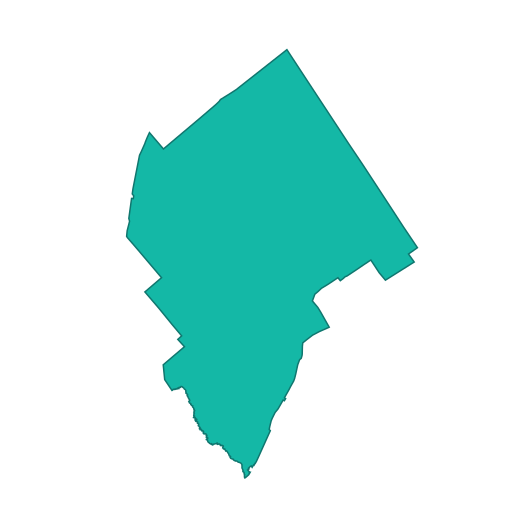 the district of Ischilín, Córdoba, Argentina, rotated 50°
{"feature_id": "61730980B34793654756209", "entity_name": "Ischilín", "entity_type": "district", "adm_level": 2, "iso_a3": "ARG", "parent_name": "Argentina", "parent_adm1": "Córdoba", "projection": "albers", "projection_center": [-64.311, -30.414], "detail": "fine", "context": "isolated", "style": "filled", "palette": "teal", "viewbox_px": 512, "rotation_deg": 50, "n_neighbors": 0, "source": "geoboundaries", "source_scale": "gbopen_adm2", "svg_char_len": 5769}
<svg xmlns="http://www.w3.org/2000/svg" viewBox="0 0 512 512"><g transform="rotate(50 256 256)"><path d="M305.0,406.8L305.1,406.5L304.9,406.1L304.9,405.7L304.9,405.3L305.1,405.1L305.4,404.9L305.3,404.7L305.6,404.4L305.5,404.2L305.8,404.0L305.9,403.9L306.0,403.8L306.0,403.4L306.3,403.4L306.5,402.7L306.7,402.4L306.7,402.2L306.9,402.2L307.0,401.8L307.2,401.6L306.9,401.4L307.0,401.2L306.9,401.0L307.0,400.9L307.1,400.5L307.4,400.6L307.8,400.4L307.6,400.2L307.8,400.1L307.8,399.9L307.6,399.8L307.5,399.6L307.3,399.6L307.2,399.4L307.3,399.2L307.5,398.9L307.9,398.6L308.1,398.3L308.0,398.1L307.8,397.6L307.7,397.4L307.8,397.2L308.4,396.9L308.7,396.6L308.8,396.5L309.6,396.5L310.3,396.3L311.0,396.2L311.6,396.4L312.2,396.3L312.9,396.0L313.5,396.2L314.2,396.3L314.4,396.6L314.6,396.7L314.7,396.9L315.3,397.1L315.7,397.6L316.1,397.8L316.3,397.5L316.5,397.5L316.8,397.7L317.5,397.5L318.0,397.8L318.4,397.6L318.5,397.7L318.6,398.4L318.8,398.5L319.0,398.6L319.8,398.5L320.2,398.6L320.4,398.8L321.4,399.1L321.9,399.0L322.5,399.3L323.0,399.2L323.1,399.4L324.0,399.6L324.3,399.9L324.3,400.1L324.2,400.5L324.2,400.9L324.6,400.9L325.4,401.4L325.7,401.4L326.2,401.3L326.6,401.0L327.0,400.9L327.4,401.0L327.7,401.3L327.8,401.1L328.0,401.2L328.8,401.3L329.2,401.4L329.5,401.3L330.0,400.9L330.1,401.1L330.6,401.3L331.0,401.6L331.6,401.5L331.9,401.4L332.1,401.5L333.1,401.9L333.3,401.9L333.7,401.8L333.9,402.3L334.2,402.2L334.4,402.3L334.5,402.5L335.1,402.4L335.2,402.6L335.1,403.1L335.2,403.4L335.9,403.6L336.0,403.7L336.2,404.5L337.1,404.6L337.1,405.0L337.3,405.3L337.8,405.7L338.2,406.3L338.5,406.4L339.0,406.1L339.2,406.5L339.4,406.9L339.4,407.3L339.6,407.7L339.9,407.5L340.2,406.9L340.6,406.4L341.0,406.5L341.1,407.0L341.4,407.2L341.5,407.2L341.9,406.7L342.5,407.3L342.7,407.2L342.7,406.9L342.7,406.7L343.1,406.4L343.3,406.6L343.4,406.8L343.1,407.1L343.0,407.5L342.6,407.7L342.5,408.1L343.1,408.1L343.7,408.4L343.9,408.4L344.1,408.3L344.2,407.8L344.5,407.6L345.6,407.4L345.6,407.7L345.7,407.9L346.2,408.3L346.5,408.4L346.8,408.3L347.4,407.7L347.5,407.8L347.6,408.0L348.5,408.4L348.7,408.8L348.7,409.1L348.9,409.3L349.1,409.2L349.9,409.1L350.4,409.1L351.0,409.1L351.7,409.2L351.7,409.5L351.5,409.8L351.5,410.0L351.8,410.2L352.0,409.7L352.6,409.7L352.8,409.5L353.2,409.5L352.9,409.7L352.7,410.1L352.7,410.3L353.1,410.5L353.4,410.2L353.5,409.9L353.9,409.6L354.2,409.5L354.6,409.8L354.9,409.7L355.3,409.9L355.8,409.4L355.8,409.1L356.4,408.9L356.8,409.0L357.1,409.2L357.1,409.3L357.2,409.8L357.9,409.9L358.0,410.3L358.6,410.3L359.0,410.1L359.4,409.4L359.6,409.0L360.2,408.7L360.4,408.7L361.2,409.4L361.4,409.4L361.6,408.9L361.9,409.0L362.1,409.1L362.3,409.9L363.1,410.7L363.6,410.4L363.8,409.9L364.5,409.9L364.8,410.6L364.8,410.8L364.9,411.2L364.6,411.7L364.6,411.9L364.7,412.1L364.8,412.1L365.1,411.9L365.1,411.4L365.4,411.3L365.8,411.4L366.7,412.0L367.6,412.2L368.0,412.3L368.6,412.1L369.1,411.9L369.6,412.0L370.7,411.6L371.2,411.4L371.0,411.0L371.1,410.8L371.6,411.0L372.1,411.0L372.7,410.8L373.0,410.6L372.9,410.2L372.6,410.0L372.5,409.8L372.7,409.6L373.0,409.3L373.3,408.8L373.5,408.0L374.2,407.2L374.3,407.1L374.2,406.8L374.1,406.5L374.3,406.0L374.4,405.9L374.7,406.0L374.8,406.4L375.0,406.4L375.1,406.5L375.5,406.6L375.7,406.3L375.5,405.9L376.1,405.4L376.8,405.2L376.6,405.2L376.5,404.9L376.9,404.7L377.9,404.4L378.2,404.6L378.2,404.8L378.0,405.0L378.3,405.1L379.0,404.5L379.3,403.7L379.9,403.3L380.5,403.2L380.8,403.4L380.9,403.6L380.8,403.8L380.9,404.1L381.3,404.4L381.4,404.7L381.6,404.9L382.1,404.7L382.8,404.9L383.1,404.8L383.4,404.5L383.6,404.1L383.8,404.3L385.4,404.3L385.7,404.5L385.9,404.6L386.1,404.5L386.3,404.2L386.4,403.8L387.5,403.8L388.5,404.1L389.6,404.0L391.9,404.9L392.4,404.7L392.7,404.4L393.1,404.3L393.4,404.5L393.5,405.2L393.6,405.3L394.8,405.4L396.0,404.8L396.7,404.3L397.2,404.0L397.6,404.3L398.7,404.1L399.1,403.9L399.4,403.6L399.5,403.5L399.9,403.5L400.4,402.8L400.7,402.6L401.4,402.3L402.1,402.3L402.8,401.9L403.5,401.4L404.5,400.9L405.1,400.7L406.6,400.8L407.3,401.2L407.7,401.7L408.3,402.0L409.0,402.7L409.4,403.0L411.3,403.5L411.7,403.8L412.1,403.9L412.4,404.4L412.8,404.6L413.0,404.6L413.7,404.3L414.2,404.3L414.5,404.6L414.8,404.7L414.9,404.9L415.3,405.0L415.6,405.3L416.3,405.3L416.4,405.7L416.6,405.9L417.2,406.3L417.8,406.9L418.2,406.8L418.6,407.2L418.9,407.2L419.0,405.5L418.9,402.2L418.3,400.5L417.9,399.4L417.8,399.5L418.2,400.6L417.9,400.7L417.5,399.8L414.5,400.0L414.6,398.2L413.7,398.2L413.6,396.1L413.5,395.5L413.9,394.5L414.6,394.7L415.4,394.8L414.5,392.1L415.0,392.0L414.2,390.0L414.4,389.9L413.6,387.7L411.3,382.8L399.0,357.3L397.5,357.4L397.3,357.3L395.5,355.1L392.0,350.3L391.6,349.5L390.8,348.0L388.3,342.3L388.1,341.7L387.5,338.4L387.3,337.4L383.8,327.8L385.1,327.3L384.3,325.0L383.1,325.4L383.0,325.2L382.8,325.2L379.5,316.4L378.3,313.6L376.0,307.5L374.6,305.1L372.0,301.5L366.1,293.9L363.5,289.3L363.4,288.8L363.5,287.8L363.5,287.3L363.3,286.9L361.9,284.8L360.8,283.6L355.0,278.5L352.6,276.0L352.7,270.9L353.0,263.5L354.6,256.1L357.6,245.7L340.5,242.5L335.1,241.7L326.7,241.7L323.1,235.5L323.1,231.2L322.8,226.7L324.0,218.8L325.3,207.2L329.1,207.3L329.3,203.9L329.2,200.9L329.8,199.2L331.0,188.6L331.9,179.5L332.9,170.6L348.1,172.4L357.7,172.4L362.3,138.7L352.5,137.9L353.4,127.0L328.8,124.4L297.4,120.6L253.7,115.4L229.3,112.8L154.9,104.1L117.8,99.7L115.8,164.4L114.6,173.7L113.3,182.6L113.9,184.9L114.2,189.5L114.4,209.9L114.5,258.1L93.0,258.3L95.1,262.8L97.5,267.4L98.4,268.8L102.3,276.8L103.9,280.4L125.3,306.9L128.9,310.9L131.3,311.0L133.2,313.1L131.9,314.3L145.5,329.3L147.9,330.4L148.4,330.9L153.8,338.4L157.8,342.5L159.3,342.7L170.8,342.5L211.9,342.3L212.1,364.2L233.3,364.0L254.1,364.3L269.4,364.3L269.6,369.5L279.5,369.1L279.7,397.0L292.0,405.4L305.0,406.8Z" fill="#14b8a6" stroke="#0f766e" stroke-width="1.5"/></g></svg>